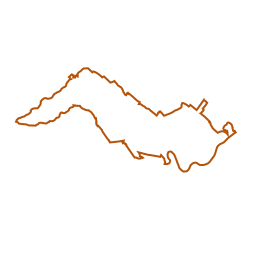 outline of Tantareni, Gorj, Romania, rotated 229°
{"feature_id": "2599482B87643568907682", "entity_name": "Tantareni", "entity_type": "district", "adm_level": 2, "iso_a3": "ROU", "parent_name": "Romania", "parent_adm1": "Gorj", "projection": "albers", "projection_center": [23.539, 44.621], "detail": "fine", "context": "isolated", "style": "outline", "palette": "amber", "viewbox_px": 256, "rotation_deg": 229, "n_neighbors": 0, "source": "geoboundaries", "source_scale": "gbopen_adm2", "svg_char_len": 5807}
<svg xmlns="http://www.w3.org/2000/svg" viewBox="0 0 256 256"><g transform="rotate(229 128 128)"><path d="M199.3,137.0L201.6,134.1L202.0,133.5L202.2,132.8L202.2,132.2L202.0,129.9L202.3,127.0L202.2,126.4L201.9,125.6L201.1,124.8L201.7,124.4L201.5,123.8L200.9,124.0L200.4,124.3L199.9,123.8L200.2,123.7L201.0,123.2L201.9,122.5L201.9,122.4L200.8,121.2L202.0,119.7L202.4,120.0L202.5,120.6L202.8,120.9L203.0,121.3L203.5,121.4L203.9,121.1L204.2,121.1L204.4,120.9L205.1,120.9L205.4,120.6L205.2,118.3L205.2,116.8L203.4,117.0L202.3,117.0L202.7,116.2L202.8,115.3L202.0,111.0L201.9,110.7L200.7,109.2L200.5,108.8L200.4,108.1L200.6,106.9L201.0,105.9L201.1,104.0L201.1,103.2L200.8,102.6L200.5,101.3L200.6,100.6L200.6,100.2L201.1,98.7L201.4,98.1L201.6,96.4L201.8,95.3L202.0,94.8L201.8,93.8L201.6,93.5L201.7,93.1L201.1,91.7L200.9,90.6L201.0,89.7L201.2,89.2L202.6,86.6L203.4,86.1L204.3,85.8L204.8,85.3L205.4,84.1L205.6,83.0L205.6,81.3L205.3,79.8L205.1,79.8L204.7,79.0L203.9,78.4L203.1,77.1L202.8,76.2L202.8,75.4L202.6,75.1L202.2,73.4L202.3,72.5L203.0,71.9L203.4,71.1L204.2,70.4L204.4,70.1L204.5,69.7L204.8,69.1L204.9,68.7L205.1,68.4L205.3,67.5L205.1,66.9L205.0,66.1L204.9,65.9L204.3,65.7L203.8,64.9L203.7,63.7L203.8,63.0L203.7,62.1L203.8,61.6L204.5,60.2L204.7,58.5L204.6,57.9L204.7,57.5L205.8,55.3L206.0,54.6L206.2,53.4L206.5,53.1L206.9,52.4L206.9,52.1L207.2,51.6L207.1,51.3L207.0,50.3L207.1,49.3L206.1,47.6L205.0,48.5L204.1,48.6L203.2,48.5L202.7,48.7L201.1,50.1L197.3,53.7L195.3,54.7L194.5,55.4L190.3,60.0L190.3,60.3L190.5,61.0L190.1,61.7L190.0,62.1L189.9,63.1L190.1,64.2L190.0,64.4L189.5,65.3L188.7,66.2L188.3,66.5L187.7,66.7L187.0,67.5L185.6,68.6L185.0,69.4L184.8,70.8L184.6,71.9L184.3,72.3L184.6,73.0L184.6,73.4L183.4,74.7L183.0,75.3L182.5,75.9L182.4,76.1L182.3,76.9L182.1,77.6L182.3,79.3L182.5,79.7L182.6,80.1L182.4,80.7L182.5,80.9L182.3,81.4L182.0,81.7L181.6,82.4L181.6,83.6L181.7,83.9L182.7,84.9L183.0,85.6L183.2,86.3L183.6,87.1L183.3,88.1L183.2,88.2L182.4,88.4L182.0,88.7L181.1,89.7L180.6,90.6L180.5,91.1L180.6,91.7L180.2,93.4L180.2,94.5L180.3,95.2L180.9,95.9L181.1,97.5L180.9,98.4L180.3,99.4L180.1,100.0L180.0,100.7L180.3,101.3L180.9,101.7L180.3,102.1L179.6,102.6L179.7,102.9L179.3,103.0L178.4,103.9L178.1,104.1L177.9,104.5L176.2,106.2L174.6,105.9L174.0,106.2L172.6,106.4L169.7,107.8L168.2,108.7L167.6,109.5L167.0,110.0L166.8,109.9L166.6,109.9L163.8,110.7L161.4,110.4L160.2,110.4L157.6,109.6L157.1,109.7L156.6,110.3L156.1,110.0L156.1,109.5L156.0,109.4L155.2,109.4L154.2,108.8L153.6,108.6L153.0,108.0L153.1,107.6L151.4,106.8L151.4,106.5L151.3,106.4L150.2,106.5L149.4,106.3L149.3,106.9L147.6,107.0L143.5,107.0L142.5,106.5L141.3,106.3L136.8,105.8L132.7,105.4L130.7,105.5L130.5,105.2L129.0,104.9L126.6,108.2L126.2,108.9L125.8,109.4L123.7,112.5L122.1,115.0L121.3,116.6L120.8,116.0L121.0,115.6L121.0,114.6L120.8,114.4L120.3,114.4L119.8,114.2L119.6,114.7L118.7,115.5L118.2,115.3L118.0,115.6L117.3,115.8L117.1,115.7L116.9,115.9L116.6,115.8L116.5,115.6L116.5,115.4L115.9,115.4L115.6,115.1L115.2,115.2L113.2,114.9L101.4,113.6L100.5,114.7L99.0,115.3L98.3,115.7L97.6,116.3L97.1,116.9L96.1,118.9L95.8,119.7L96.9,119.5L98.9,118.4L99.8,119.1L100.9,119.7L101.0,119.8L102.7,120.0L94.8,125.4L92.2,127.7L85.1,133.4L85.9,135.2L82.5,135.2L81.7,135.3L81.2,135.2L79.9,134.5L77.6,133.5L77.1,132.9L77.3,132.8L76.9,132.0L76.7,132.1L75.5,133.4L75.1,133.9L74.7,134.8L74.5,135.6L74.5,136.4L74.8,137.3L75.2,138.0L75.6,138.3L76.2,138.6L77.5,138.6L79.4,138.8L81.5,140.0L82.4,140.9L83.2,142.3L83.3,142.7L83.0,143.5L82.5,144.5L82.2,144.8L81.6,145.2L77.8,145.4L77.2,145.3L73.3,144.0L68.9,142.3L66.9,141.7L65.1,140.9L63.8,140.5L60.2,140.8L58.6,141.4L58.3,141.8L57.2,143.4L56.8,144.1L56.7,144.7L56.9,146.3L57.2,147.6L58.6,150.2L58.8,151.0L58.9,151.9L58.9,152.9L58.8,153.9L58.6,154.4L58.1,155.6L57.3,156.5L56.8,156.8L53.0,157.9L52.6,158.2L52.1,158.9L50.9,160.3L50.3,161.2L49.3,163.5L48.8,165.3L48.8,167.3L50.5,174.9L51.5,177.0L54.1,181.1L55.2,183.1L55.4,183.9L55.5,185.5L55.5,186.1L55.4,186.9L54.5,190.0L54.3,191.2L54.7,196.1L54.7,198.0L54.3,204.3L54.0,206.4L55.9,206.6L56.1,206.4L56.3,205.7L56.7,205.6L57.0,205.6L59.8,207.0L59.8,207.3L60.0,207.4L61.2,207.9L62.7,208.4L64.5,208.2L66.1,207.5L66.5,207.1L66.6,206.6L66.6,206.1L65.9,204.5L66.2,203.3L66.2,202.2L65.9,201.0L65.2,199.7L64.2,199.3L63.3,199.3L62.7,199.6L62.6,200.0L62.2,200.0L61.0,200.9L60.7,201.0L59.0,199.9L57.8,199.0L58.9,199.1L61.8,198.4L62.5,198.0L64.1,196.5L64.9,194.8L65.5,192.6L67.3,192.3L71.4,191.8L72.4,191.8L74.1,192.2L75.5,192.3L76.6,192.7L77.4,193.3L78.2,193.2L78.3,193.5L79.3,193.2L79.5,193.9L86.3,193.2L91.4,192.4L91.3,192.7L91.5,193.3L91.5,193.9L91.6,194.8L91.6,195.4L91.9,196.7L92.3,197.2L93.5,197.1L94.1,200.5L94.1,201.1L95.1,204.3L98.1,204.0L98.6,203.8L99.5,203.9L96.5,191.6L104.5,190.2L104.3,188.0L107.3,187.4L110.1,186.3L111.2,185.4L111.2,185.1L110.4,183.7L109.0,182.4L108.6,181.8L108.6,181.4L108.7,180.4L109.5,176.9L109.8,176.4L110.5,174.2L110.4,173.8L110.8,171.4L111.6,168.7L113.6,163.2L115.7,163.3L119.1,163.2L119.1,162.3L119.8,162.3L119.6,160.5L118.9,159.2L118.7,158.5L118.6,157.8L122.2,157.2L126.5,156.4L128.4,156.3L129.1,156.0L130.4,155.0L131.6,154.5L132.0,154.5L132.8,154.6L133.2,154.6L135.1,153.8L137.3,153.3L137.8,153.1L138.4,152.9L138.6,152.8L138.6,152.3L138.8,152.3L139.0,152.0L139.8,153.8L142.1,153.0L143.4,152.7L148.0,152.2L154.0,151.2L153.7,150.6L154.8,150.4L154.0,148.2L154.8,148.0L155.0,147.7L155.9,147.7L156.4,148.0L157.8,148.0L158.2,148.2L158.9,148.4L159.7,148.8L160.2,148.9L160.7,149.2L161.4,149.2L163.1,149.5L164.7,148.9L165.4,148.8L166.2,148.4L167.6,148.4L169.1,148.6L170.8,148.5L172.4,148.6L172.8,146.8L173.8,144.5L182.7,143.7L183.0,142.5L183.0,141.8L183.1,141.7L184.1,141.7L187.1,141.3L189.9,140.6L191.0,140.1L191.4,140.1L191.9,139.7L192.6,139.5L192.8,139.2L193.5,138.7L193.4,137.6L199.3,137.0Z" fill="none" stroke="#b45309" stroke-width="2"/></g></svg>